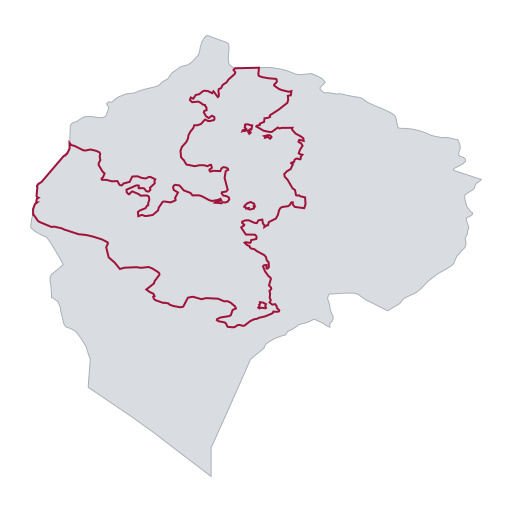 Ethiopia, with Oromiya highlighted, rotated 90°
{"feature_id": "ETH-3131", "entity_name": "Oromiya", "entity_type": "Administrative State", "adm_level": 1, "iso_a3": "ETH", "parent_name": "Ethiopia", "parent_adm1": "", "projection": "equal_earth", "projection_center": [38.367, 6.948], "detail": "fine", "context": "in_parent", "style": "outline", "palette": "rose", "viewbox_px": 512, "rotation_deg": 90, "n_neighbors": 0, "source": "natural_earth", "source_scale": "10m", "svg_char_len": 9659}
<svg xmlns="http://www.w3.org/2000/svg" viewBox="0 0 512 512"><g transform="rotate(90 256 256)"><path d="M102.1,400.3L101.7,399.6L99.1,396.8L96.7,393.1L95.2,389.1L93.8,385.8L93.1,378.3L91.3,373.8L89.5,368.2L86.9,357.6L85.8,353.9L83.7,351.4L81.5,349.2L79.2,344.5L73.1,340.3L70.8,337.1L66.8,331.5L65.8,328.6L65.5,325.8L64.3,323.2L62.1,320.2L55.2,313.8L53.2,313.0L50.8,312.3L47.1,311.7L42.2,310.2L37.9,307.7L36.0,306.0L35.6,304.7L36.0,302.7L37.5,299.2L40.5,290.8L42.6,285.1L44.0,283.4L47.7,283.0L51.7,283.2L54.7,283.6L58.8,283.7L63.7,283.2L65.7,281.3L67.3,279.2L67.9,277.7L68.1,274.0L68.1,271.0L67.9,259.5L67.7,252.5L67.5,244.5L67.6,242.9L67.6,240.8L68.9,232.3L70.0,227.4L70.8,224.8L74.0,216.7L74.5,214.1L74.7,211.7L73.6,200.7L75.6,195.6L78.2,190.5L80.4,188.3L82.3,186.8L83.2,187.5L85.3,189.8L88.1,192.1L89.5,191.6L91.4,189.6L92.8,187.5L92.7,183.6L94.0,175.7L93.8,171.2L95.2,165.6L96.7,157.6L97.4,152.6L98.3,149.9L102.4,144.4L106.0,136.6L108.2,130.9L112.6,121.6L114.7,118.2L116.5,116.7L119.1,115.8L124.0,114.9L127.5,114.1L128.1,112.9L128.4,111.0L128.4,106.9L129.1,99.7L130.7,92.7L132.5,87.4L133.4,85.0L134.6,82.7L135.9,78.8L137.6,70.3L137.5,64.6L139.9,54.0L140.4,54.0L144.4,52.1L148.3,51.8L152.0,53.1L154.5,53.4L155.6,52.8L156.6,51.0L157.6,48.2L159.1,46.6L161.2,46.3L164.1,49.5L168.5,58.0L169.7,58.5L170.4,58.3L172.6,51.5L174.4,46.2L177.7,36.3L179.5,30.7L181.2,32.4L183.0,35.2L184.9,36.6L187.0,37.4L188.0,37.5L189.3,38.7L193.9,45.7L195.4,47.3L197.6,47.5L206.5,45.2L211.9,41.1L212.7,39.5L214.2,39.5L215.9,41.3L216.6,43.0L217.8,45.3L219.9,45.7L225.0,44.0L227.5,43.1L229.6,43.9L232.3,44.6L234.0,44.6L238.1,46.8L242.9,46.1L245.2,46.2L247.6,47.2L251.4,50.9L256.4,55.3L263.6,58.4L265.1,59.7L268.5,64.8L273.9,74.5L281.0,83.7L288.7,91.1L292.8,96.1L295.6,102.3L298.3,108.0L301.1,110.4L303.6,112.3L306.3,116.7L308.2,120.3L310.8,124.3L308.0,129.9L304.2,137.4L299.8,146.2L298.4,148.3L294.5,153.6L293.9,155.1L293.1,158.9L293.1,165.8L293.6,174.7L294.1,182.9L296.3,183.9L298.8,184.4L301.6,183.4L304.9,182.4L309.1,181.9L313.7,180.3L316.4,178.9L319.2,179.0L321.8,180.4L323.0,181.8L324.8,182.2L327.1,182.1L326.6,183.7L325.4,185.9L323.8,188.2L322.5,190.5L319.5,197.1L319.4,197.9L319.8,199.2L321.4,202.2L323.1,207.0L324.1,211.4L324.9,213.6L327.0,216.0L330.0,221.1L331.6,224.5L334.9,226.3L336.0,230.7L338.5,237.1L341.3,242.2L343.9,246.1L346.8,247.7L347.9,247.8L354.0,255.2L358.7,260.8L359.8,261.7L368.2,265.4L377.8,269.6L385.5,273.0L395.3,277.4L405.0,281.6L414.1,285.7L426.9,291.5L437.2,296.1L445.3,299.7L447.0,300.9L476.4,300.9L469.3,310.3L461.1,321.0L452.6,332.2L447.1,339.4L438.3,350.8L431.0,360.4L423.6,370.8L416.8,380.2L407.9,393.3L402.2,401.8L393.2,415.0L387.6,423.4L386.8,423.8L378.6,423.2L370.7,422.6L360.7,421.8L359.5,421.8L356.6,422.6L354.8,423.4L347.6,425.6L346.2,426.2L340.2,429.8L334.1,434.0L330.8,437.2L328.3,441.9L327.3,445.3L326.1,446.7L324.2,448.0L311.3,451.2L307.6,451.6L301.6,454.1L298.4,458.4L297.4,460.5L293.1,460.5L285.6,461.1L282.3,461.8L280.8,461.9L277.9,461.9L275.5,461.1L273.9,460.0L271.9,457.4L267.6,452.1L264.4,448.8L257.4,452.6L251.1,456.3L242.2,461.7L237.1,465.5L235.6,469.4L231.7,476.4L228.2,480.8L226.9,481.3L218.9,480.4L216.1,479.5L211.3,478.7L205.0,477.2L200.7,475.5L196.1,475.4L189.4,474.8L185.3,473.6L181.1,469.7L175.7,465.0L170.2,460.2L164.5,455.2L157.8,449.5L150.4,443.3L148.7,442.6L148.0,442.5L140.0,442.2L131.7,441.9L126.1,441.7L124.3,441.0L123.0,439.6L121.3,435.0L119.1,431.7L116.7,427.5L116.5,421.8L117.2,415.7L117.8,413.6L117.5,411.6L117.6,408.8L116.2,406.2L108.0,403.2L106.7,403.4L105.4,404.6L103.8,405.4L102.7,404.6L102.0,403.5L102.0,401.7L102.1,400.3Z" fill="#d9dde1" stroke="#a8b0b8" stroke-width="1"/><path d="M68.3,276.9L67.7,253.0L74.5,253.7L75.9,253.1L77.1,250.0L78.3,243.2L78.9,235.9L79.7,235.3L81.9,235.2L84.7,237.9L85.6,237.8L89.0,233.0L90.1,230.2L91.8,223.1L91.1,220.6L95.3,221.2L95.8,224.2L99.8,223.8L102.9,224.7L109.9,233.7L115.3,242.1L116.9,241.9L117.9,244.3L118.3,247.5L121.9,247.9L123.4,251.7L123.7,252.2L124.9,252.1L125.8,255.3L126.5,255.7L130.8,248.2L132.0,242.2L131.8,240.0L127.5,234.2L128.4,232.8L127.9,230.2L127.8,219.6L128.7,220.1L129.9,219.7L133.6,216.4L136.6,210.8L138.3,208.7L140.9,208.3L139.8,212.6L141.4,213.5L142.1,213.3L143.1,211.1L145.7,209.4L149.7,212.0L153.3,213.3L153.9,212.5L154.8,209.6L156.8,211.3L158.8,211.3L159.2,211.6L159.3,212.6L158.5,215.0L158.9,216.3L159.9,217.5L161.9,217.9L162.7,220.7L163.2,220.9L164.2,219.1L169.0,221.3L171.3,225.1L174.1,227.8L176.8,227.2L179.8,224.4L188.4,219.4L190.0,217.0L195.1,216.0L195.6,214.8L195.3,213.0L196.2,211.9L197.4,206.9L204.3,206.5L208.2,207.8L206.9,217.2L204.6,219.2L202.3,219.2L202.3,220.4L202.9,221.1L205.0,222.2L206.2,224.0L207.0,229.9L208.0,231.5L209.9,232.8L215.2,234.2L218.6,236.2L222.0,243.1L225.3,244.1L225.2,245.0L227.1,247.7L225.3,247.5L223.5,249.1L219.6,249.7L220.3,253.5L223.1,255.2L222.8,257.7L220.3,263.2L220.4,266.9L221.7,269.8L222.9,269.9L224.8,267.7L225.7,268.1L226.8,270.3L227.5,270.8L234.5,266.2L234.7,257.1L236.0,255.7L237.6,255.4L239.0,255.8L240.1,260.9L242.3,261.2L242.9,262.0L242.2,266.3L242.7,267.4L245.1,264.9L246.1,262.4L247.1,262.3L248.5,260.9L249.2,257.6L251.1,255.2L255.2,247.6L257.1,246.0L260.4,245.2L262.2,243.4L267.0,243.1L268.4,244.2L268.7,245.0L268.3,245.5L265.0,245.5L265.3,248.1L266.4,249.0L271.3,247.0L276.0,243.6L277.7,241.5L278.8,241.1L285.4,243.0L287.6,241.0L289.0,240.7L291.1,242.6L293.5,241.9L298.0,242.3L300.0,241.2L302.5,242.4L304.6,239.7L304.2,236.7L306.2,235.4L308.2,234.9L310.3,232.7L311.4,233.1L311.8,234.8L311.6,238.7L312.6,238.9L313.7,240.4L316.5,247.2L317.7,252.8L318.7,254.7L319.3,258.0L321.1,261.8L325.6,267.5L325.8,269.1L324.9,272.7L325.2,274.5L327.1,277.4L327.3,279.4L326.8,284.4L323.1,286.3L322.3,287.8L321.2,293.6L320.1,295.2L319.1,294.9L317.5,291.6L316.1,282.9L315.2,281.2L310.0,279.4L308.5,276.1L306.5,276.8L302.5,281.6L301.2,284.5L301.3,287.9L298.7,294.0L298.1,305.8L299.2,310.6L296.9,318.5L296.9,320.2L297.7,324.1L306.7,328.8L307.3,331.6L306.0,338.6L304.7,342.3L303.4,343.6L302.7,347.8L303.0,348.5L300.4,356.0L299.5,357.5L298.0,358.5L296.6,358.8L296.1,357.5L293.7,358.6L291.9,362.5L289.5,365.7L283.4,358.0L281.2,357.4L274.8,352.6L273.3,352.7L272.0,354.1L268.4,359.8L267.0,363.4L267.8,370.7L267.2,375.7L267.7,387.6L269.0,392.1L262.5,397.4L257.4,403.3L247.3,405.8L243.3,404.0L242.2,404.6L239.4,410.1L236.5,419.3L235.0,425.8L234.2,433.5L229.5,447.9L228.3,450.3L226.6,458.0L227.0,460.4L222.1,472.2L221.1,473.9L215.1,478.1L214.9,478.8L209.2,479.0L204.1,477.1L202.3,474.7L202.2,475.8L198.9,475.2L197.8,473.5L197.4,474.6L195.9,475.5L188.0,474.7L185.7,475.0L183.8,473.6L182.0,470.5L156.0,448.3L155.4,446.5L154.6,446.4L153.7,444.9L148.6,442.4L142.8,442.5L145.0,440.8L146.0,437.3L150.3,428.7L150.5,426.4L149.5,421.5L150.9,415.6L152.4,412.5L153.8,411.8L156.7,412.3L160.0,411.7L163.6,413.4L165.1,413.3L171.6,409.4L173.5,407.4L177.0,408.9L178.7,410.5L179.8,410.0L179.9,405.5L181.3,400.1L181.1,394.6L184.9,392.4L185.4,390.8L185.2,389.9L183.5,388.5L181.9,382.4L176.7,379.8L176.5,379.2L176.3,374.3L177.9,370.4L178.5,366.3L177.0,363.3L176.9,361.6L179.3,356.7L180.7,357.5L183.4,357.3L187.7,362.0L189.8,361.6L191.4,363.1L191.5,364.7L190.7,366.2L188.5,367.7L188.0,370.0L188.4,372.5L188.0,373.4L185.6,373.2L185.4,374.0L185.5,375.9L189.7,385.5L192.2,385.3L194.3,383.4L194.1,382.5L192.4,381.1L191.4,379.7L194.1,373.3L195.6,371.6L195.5,365.1L196.1,363.7L197.1,363.0L199.8,362.7L203.4,363.9L205.3,363.8L205.9,365.1L208.2,366.5L210.6,372.4L212.0,374.1L216.2,373.7L215.0,370.5L215.0,369.6L216.0,367.2L216.0,365.4L215.0,359.3L210.4,353.9L207.7,353.3L201.8,349.3L201.5,347.5L202.4,341.5L200.8,337.3L199.9,336.3L198.1,337.0L192.5,334.0L190.0,338.2L187.3,339.0L185.5,338.1L184.8,336.6L185.5,332.5L190.4,328.2L192.9,321.6L195.4,319.5L195.3,313.0L196.3,310.0L200.2,302.7L201.0,300.0L199.9,294.0L198.8,291.5L200.5,290.7L201.6,295.4L202.7,297.1L202.9,296.2L202.9,293.5L203.4,290.8L202.3,289.6L202.5,287.0L201.8,284.5L199.4,282.7L197.6,283.1L196.2,285.3L195.5,288.8L193.4,290.3L192.3,290.1L191.5,285.8L189.8,284.3L177.9,287.4L171.2,286.3L169.8,283.8L168.6,284.2L167.7,285.6L167.1,288.4L168.2,290.4L171.1,291.7L170.8,298.4L171.6,301.7L170.7,302.5L169.5,302.5L168.4,300.5L167.7,300.1L164.9,300.9L164.9,302.0L166.2,304.7L165.3,307.5L165.2,312.3L166.2,317.3L164.5,325.6L160.2,328.2L157.4,330.9L150.9,331.5L146.9,330.1L141.9,325.6L138.4,324.0L135.2,323.5L131.6,321.6L128.1,318.7L125.3,317.8L125.2,314.3L123.9,310.9L119.7,307.2L119.7,306.4L120.9,304.3L121.1,302.4L120.1,298.1L119.0,297.5L117.0,297.7L115.9,299.7L115.9,300.4L118.1,303.3L116.3,305.9L112.4,308.2L110.9,307.7L110.2,305.4L107.3,305.6L106.0,306.8L105.0,307.0L104.5,309.5L103.3,310.5L101.6,313.6L102.2,319.9L100.0,322.1L97.5,321.2L98.7,318.7L95.0,316.3L94.2,312.8L91.3,309.2L90.7,307.5L91.1,304.0L93.2,299.9L91.3,298.5L97.1,294.2L96.3,293.3L94.7,293.1L90.8,293.6L89.1,293.2L88.1,290.9L84.9,289.3L82.4,285.5L79.5,283.5L74.0,277.3L72.3,276.7L69.9,278.5L68.3,276.9ZM207.2,258.0L206.8,257.3L206.1,258.2L205.6,257.4L203.7,257.9L202.0,261.3L203.2,264.6L205.6,267.3L206.8,267.8L207.3,266.4L208.5,266.1L208.0,263.3L209.2,263.6L209.5,261.8L208.5,258.1L207.2,258.0ZM129.2,260.5L125.4,259.8L125.1,262.2L124.3,263.9L124.3,266.5L125.1,267.2L126.5,266.8L127.5,267.3L128.7,266.0L130.0,267.8L130.2,269.2L131.2,269.6L130.6,268.0L131.1,267.2L130.3,265.6L130.7,262.5L129.6,262.5L129.0,261.5L129.5,260.7L129.2,260.5ZM307.6,253.7L308.4,252.5L307.7,250.4L308.3,246.8L307.8,245.9L305.9,246.8L304.1,246.0L302.6,248.9L302.2,252.1L303.8,252.0L304.8,252.9L306.0,252.4L307.6,253.7ZM137.7,246.9L136.9,244.2L138.7,241.9L137.0,240.5L135.5,241.7L135.1,243.8L136.1,247.7L136.7,246.6L137.7,246.9ZM132.1,263.8L133.8,262.7L132.5,261.3L131.0,262.7L132.1,263.8Z" fill="none" stroke="#9f1239" stroke-width="2"/></g></svg>